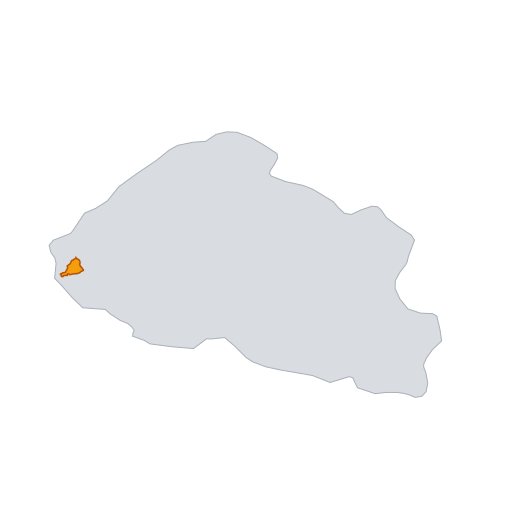 Namgyel Chhoeling, Samchi, Bhutan (highlighted), rotated 16°
{"feature_id": "84629894B20961407724011", "entity_name": "Namgyel Chhoeling", "entity_type": "district", "adm_level": 2, "iso_a3": "BTN", "parent_name": "Bhutan", "parent_adm1": "Samchi", "projection": "robinson", "projection_center": [88.995, 27.065], "detail": "fine", "context": "in_parent", "style": "filled", "palette": "amber", "viewbox_px": 512, "rotation_deg": 16, "n_neighbors": 0, "source": "geoboundaries", "source_scale": "gbopen_adm2", "svg_char_len": 4026}
<svg xmlns="http://www.w3.org/2000/svg" viewBox="0 0 512 512"><g transform="rotate(16 256 256)"><path d="M402.9,220.2L402.2,223.4L398.8,231.9L396.7,241.2L398.6,248.8L406.3,257.8L416.6,265.0L429.6,265.6L441.6,262.8L446.4,263.9L453.1,276.0L457.8,286.5L451.5,297.2L448.1,306.7L447.0,313.4L447.7,316.3L451.7,321.8L456.2,331.0L456.9,339.5L454.1,345.2L447.9,348.0L441.3,347.2L435.9,347.3L429.1,348.3L418.4,351.4L408.5,355.5L389.9,354.7L382.4,346.3L378.9,346.3L362.0,357.2L343.5,355.3L310.0,358.9L295.9,359.8L281.5,358.6L274.2,356.2L260.6,348.6L248.3,343.0L235.8,348.1L231.4,349.1L221.4,362.2L199.7,366.5L178.1,369.7L171.7,367.9L159.5,367.1L159.0,364.1L159.4,361.1L156.6,358.7L151.6,356.3L143.1,355.3L132.2,352.0L125.9,348.9L103.7,353.5L90.7,346.6L76.0,337.1L68.6,333.0L65.9,318.3L63.3,313.5L57.5,308.6L54.2,302.7L56.8,296.7L71.5,285.5L72.7,282.9L79.4,262.0L88.8,254.4L98.1,243.8L105.1,227.1L118.6,209.8L133.4,192.2L143.6,177.8L150.4,171.1L164.3,163.9L176.0,159.7L184.1,150.1L193.8,144.7L203.8,142.3L218.7,143.6L232.7,147.1L248.0,151.8L249.8,155.7L248.5,162.5L246.3,169.5L246.2,173.0L248.6,175.0L263.6,176.3L282.0,175.2L292.3,176.2L315.3,182.5L322.1,187.0L329.1,190.5L336.0,189.9L344.6,182.5L353.7,176.2L359.4,175.2L363.5,177.2L370.8,183.2L386.0,188.9L399.6,193.1L404.0,197.1L402.6,214.4L402.9,220.2Z" fill="#d9dde1" stroke="#a8b0b8" stroke-width="1"/><path d="M73.0,327.2L73.4,327.2L73.8,327.3L74.0,327.8L74.0,328.7L74.4,328.9L75.3,329.4L75.4,329.2L75.7,329.0L75.8,328.9L76.2,328.8L76.2,328.7L76.3,328.4L76.3,328.1L76.4,327.9L76.5,327.8L76.8,327.7L77.1,327.6L77.3,327.6L77.6,327.5L77.8,327.3L78.0,327.2L78.3,327.0L78.5,327.0L78.8,327.0L79.0,326.9L79.3,326.8L79.6,326.8L79.8,326.8L79.9,326.7L80.0,326.7L80.1,326.4L80.0,326.2L79.9,326.1L79.8,325.9L79.7,325.9L79.7,325.7L79.7,325.4L79.8,325.2L80.4,325.0L80.9,324.9L81.2,324.9L81.4,325.0L81.6,325.1L81.8,325.1L82.1,325.3L82.3,325.2L82.8,324.9L83.2,324.8L83.5,324.6L83.8,324.5L84.1,324.3L84.3,324.1L84.6,324.0L84.9,323.8L85.0,323.7L85.3,323.6L85.6,323.5L85.9,323.4L86.2,323.3L86.5,323.1L86.8,323.0L87.1,322.9L87.3,322.7L87.7,322.7L88.2,322.7L88.3,322.6L88.4,322.4L88.5,322.4L88.7,322.2L88.8,322.1L89.0,322.1L89.3,322.0L89.5,321.9L89.8,321.7L90.0,321.4L90.3,321.3L90.4,321.2L90.5,321.2L90.8,320.9L91.0,320.8L91.1,320.7L91.3,320.6L91.4,320.4L91.4,320.2L91.5,320.0L91.5,319.9L91.7,319.7L91.8,319.6L91.9,319.4L92.0,319.3L92.0,319.2L92.3,318.9L92.5,318.7L92.8,318.5L92.9,318.4L93.0,318.3L93.1,318.2L93.3,318.1L93.4,317.9L93.5,317.9L93.6,317.7L93.8,317.5L93.9,317.4L94.0,317.4L94.0,317.1L93.9,316.9L93.7,316.7L93.4,316.6L93.2,316.4L92.8,316.2L92.7,316.1L92.5,315.8L92.3,315.6L91.9,315.5L91.8,315.4L91.7,315.3L91.6,315.2L91.3,315.0L91.2,315.0L91.0,314.9L90.9,314.9L90.8,314.7L90.7,314.4L90.4,314.2L90.1,314.1L89.9,314.2L89.7,314.0L89.6,313.8L89.4,313.5L89.3,313.4L89.3,313.2L89.1,313.0L88.9,312.8L88.8,312.7L88.7,312.6L88.7,312.3L88.6,312.1L88.7,311.9L88.8,311.7L88.8,311.3L88.7,311.2L88.7,310.9L88.6,310.7L88.4,310.2L88.2,309.9L88.1,309.7L87.9,309.4L87.7,309.2L87.4,309.1L87.3,308.9L87.2,308.8L87.2,308.7L86.9,308.5L86.5,308.4L86.1,308.3L85.9,308.2L85.6,308.1L85.4,308.1L85.3,308.3L85.2,308.3L84.9,308.2L84.7,307.9L84.3,307.7L84.1,307.6L83.9,307.5L83.6,307.3L83.7,307.6L83.4,308.0L83.0,308.3L82.8,308.6L82.4,308.8L82.1,309.0L81.8,309.5L81.7,309.6L81.5,309.9L81.5,310.1L81.4,310.3L80.9,310.6L80.7,310.8L80.3,310.9L80.3,311.0L80.2,311.1L80.1,311.3L79.9,311.6L79.8,311.9L79.9,312.2L79.8,312.7L79.7,313.5L79.6,314.2L79.6,314.4L79.4,314.8L79.2,315.1L78.9,315.4L78.7,315.7L78.5,316.0L78.3,316.2L78.1,316.5L77.8,316.9L77.6,317.1L77.3,317.3L77.4,317.5L77.5,318.1L77.8,318.3L78.0,318.4L78.1,318.5L78.1,319.1L78.0,319.7L78.0,320.0L78.1,320.5L78.0,320.9L78.0,321.2L78.0,321.5L77.7,322.0L77.6,322.3L77.5,322.8L77.5,323.1L77.5,323.3L77.4,323.6L77.3,323.9L77.3,324.0L77.2,324.2L76.9,324.5L76.2,324.7L75.9,324.9L75.6,325.1L75.3,325.2L75.2,325.3L74.9,325.4L74.7,325.5L74.5,325.9L74.4,326.1L74.1,326.3L73.8,326.5L73.4,326.7L73.1,326.9L73.0,327.2Z" fill="#f59e0b" stroke="#b45309" stroke-width="1.5"/></g></svg>